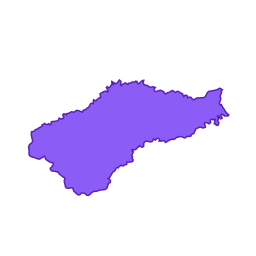 outline of Lajeado Novo, Maranhão, Brazil, rotated 159°
{"feature_id": "56859067B63412664256610", "entity_name": "Lajeado Novo", "entity_type": "district", "adm_level": 2, "iso_a3": "BRA", "parent_name": "Brazil", "parent_adm1": "Maranhão", "projection": "mercator", "projection_center": [-46.964, -6.103], "detail": "fine", "context": "isolated", "style": "filled", "palette": "violet", "viewbox_px": 256, "rotation_deg": 159, "n_neighbors": 0, "source": "geoboundaries", "source_scale": "gbopen_adm2", "svg_char_len": 5094}
<svg xmlns="http://www.w3.org/2000/svg" viewBox="0 0 256 256"><g transform="rotate(159 128 128)"><path d="M96.6,161.8L97.5,162.9L97.6,164.8L97.1,165.7L96.2,166.8L97.3,167.2L99.1,166.7L100.8,166.0L102.7,165.6L103.2,167.0L102.9,168.2L104.2,169.0L105.3,168.4L107.4,169.4L108.6,169.3L109.9,169.1L111.5,169.5L112.5,168.7L113.8,170.6L114.8,171.1L117.7,170.6L119.1,170.0L119.5,171.0L118.5,172.4L118.0,174.3L118.9,175.9L120.5,174.8L121.5,174.1L123.0,173.7L124.1,174.4L124.9,175.2L125.9,173.8L127.0,175.0L128.1,174.1L129.5,173.3L130.4,172.5L131.8,172.7L132.6,174.1L133.7,173.5L133.1,169.6L134.3,168.9L135.1,170.3L137.6,170.7L139.1,170.4L141.7,170.1L142.7,166.3L144.3,166.4L145.9,165.9L148.4,164.9L150.0,166.7L150.8,165.5L151.5,163.2L153.0,164.1L154.4,164.0L156.3,162.3L157.4,161.3L158.7,161.3L159.8,161.1L161.0,160.2L162.2,160.6L163.6,160.5L164.8,159.1L165.8,160.0L167.4,161.4L168.3,162.2L169.5,162.8L170.7,162.7L172.7,162.0L174.1,162.9L175.1,163.5L176.3,163.1L178.5,163.0L180.1,163.4L181.0,162.5L182.2,164.0L183.3,164.2L184.2,163.6L184.2,161.2L185.0,160.2L186.1,160.1L187.3,160.6L188.8,161.9L190.1,160.4L191.1,160.0L192.2,160.1L193.6,160.4L195.3,160.8L196.7,161.3L197.8,160.9L198.0,159.8L198.9,158.8L200.0,159.3L200.3,160.4L201.9,160.2L203.2,160.6L204.2,162.2L205.5,161.8L207.1,161.7L207.6,160.7L209.0,160.1L210.1,160.1L211.3,160.1L212.2,159.6L213.3,159.5L214.5,159.7L215.6,159.4L216.6,158.8L217.9,158.7L219.4,159.1L220.1,157.7L220.7,156.4L221.0,154.6L221.4,151.9L221.8,149.9L222.6,148.9L224.1,148.3L225.3,148.1L226.6,147.2L227.7,145.7L228.2,143.3L228.6,141.9L229.8,139.1L229.8,137.4L228.9,136.3L226.9,134.6L225.9,133.9L223.4,131.6L222.2,130.8L220.9,130.8L217.4,131.4L216.0,131.5L215.8,130.4L216.1,129.3L215.9,128.1L215.2,126.9L214.0,125.4L213.3,124.3L212.4,123.4L211.1,122.8L210.3,122.0L210.8,120.7L212.7,119.3L215.1,118.1L215.2,117.0L214.8,115.6L213.7,114.7L212.7,114.3L211.6,113.7L210.8,113.1L209.4,112.1L208.6,111.1L208.8,109.9L208.1,108.9L207.2,107.5L206.4,105.7L205.0,104.4L204.9,103.2L206.0,102.4L206.8,100.5L206.9,98.8L207.1,97.5L207.4,96.2L207.3,94.6L206.6,93.8L205.5,93.2L203.7,92.8L202.4,92.5L201.0,91.5L201.2,90.0L201.3,88.6L200.5,87.1L199.9,85.8L199.3,84.6L198.4,83.4L197.3,83.0L196.3,83.2L194.8,83.9L193.7,83.7L191.7,82.4L190.6,80.1L189.4,79.3L187.7,79.5L186.6,79.9L185.5,80.6L183.9,81.0L181.8,80.9L180.5,80.2L179.1,80.2L177.7,80.1L175.8,80.0L173.4,79.3L171.4,78.8L169.7,79.2L168.4,80.2L167.7,81.4L166.8,82.5L165.7,83.4L164.3,83.4L163.3,84.7L163.4,86.4L164.7,87.8L163.0,88.3L161.8,89.3L160.8,90.0L159.8,90.9L158.4,92.0L157.0,92.5L155.5,92.9L154.5,93.7L153.6,94.7L152.2,94.9L151.3,94.3L150.3,95.2L149.1,95.3L147.9,95.9L147.1,94.9L146.1,94.3L145.0,94.6L143.5,94.7L142.3,94.5L141.8,95.4L141.2,96.6L140.0,95.9L138.4,95.7L137.3,95.2L136.3,95.0L135.0,95.6L134.6,96.6L135.1,98.0L134.5,98.8L134.1,99.8L134.4,101.2L133.2,102.3L132.3,102.9L131.5,104.1L132.3,105.0L131.8,106.4L130.5,105.5L129.0,105.2L127.5,105.5L126.6,106.2L124.8,106.5L123.8,107.4L122.6,106.1L121.8,105.0L120.8,105.0L119.6,105.6L119.3,107.1L118.6,108.2L117.7,109.1L116.0,109.2L114.7,108.7L113.7,108.0L112.4,107.2L111.3,106.8L109.9,106.9L108.9,107.9L108.0,108.6L106.9,106.9L105.8,107.4L104.7,107.9L103.3,107.3L102.7,105.9L103.6,104.6L102.5,104.4L101.4,103.7L100.3,103.7L99.3,103.6L98.6,102.7L98.2,101.1L96.9,101.2L95.4,101.6L93.3,101.8L91.9,101.8L90.8,101.9L89.7,101.0L88.3,101.0L87.2,101.3L86.0,101.9L84.4,101.5L82.8,101.4L81.5,101.0L80.4,100.2L79.5,99.0L78.3,98.3L76.7,98.8L74.8,98.7L73.5,98.2L72.2,97.9L71.4,99.0L70.1,99.3L68.4,99.3L67.3,100.7L65.9,101.7L65.3,102.8L64.1,103.0L62.6,103.0L60.5,103.1L59.2,102.3L58.2,101.2L56.7,101.0L55.4,101.0L55.2,102.6L55.0,103.6L55.2,104.7L54.5,105.6L53.0,104.9L51.9,104.2L51.0,102.9L49.8,103.1L48.9,103.6L48.8,104.8L48.2,106.1L46.9,106.2L45.6,105.1L44.2,105.4L43.6,104.6L44.4,103.6L45.1,102.2L45.9,101.0L44.8,100.0L44.5,98.8L42.9,98.4L42.0,99.4L41.3,100.2L41.4,101.3L41.6,103.1L40.4,103.7L40.2,105.2L40.2,107.0L39.0,106.8L38.8,104.8L38.1,103.3L36.8,103.2L36.5,104.4L36.9,105.7L36.7,106.8L35.6,107.4L34.5,106.0L33.6,104.6L32.3,104.3L31.0,103.6L29.9,103.4L29.2,104.5L29.9,105.3L30.4,106.5L30.9,107.8L31.2,108.9L31.5,111.1L32.3,113.6L32.3,114.9L32.5,116.4L33.7,116.4L33.6,119.0L32.5,119.9L31.5,121.1L30.9,122.1L30.7,123.4L30.6,124.7L28.1,127.4L27.8,129.1L26.2,129.8L27.2,131.3L28.2,132.3L30.0,132.0L31.4,131.9L32.6,132.0L34.3,132.2L35.8,132.5L37.0,132.8L38.4,132.9L39.5,133.3L40.7,132.8L41.9,132.0L43.2,130.8L44.0,130.0L44.9,129.4L46.6,129.2L48.8,130.0L50.1,130.3L51.5,131.0L53.1,131.3L54.5,131.1L56.1,130.7L57.1,131.3L57.9,132.8L58.1,133.9L59.3,134.7L61.4,134.9L61.1,136.7L62.0,137.8L63.4,138.1L64.7,137.4L64.9,138.7L64.8,140.3L65.8,141.3L66.9,142.7L68.0,144.2L69.2,144.6L71.0,144.2L71.7,145.0L72.3,146.1L73.0,147.1L74.0,146.9L75.2,147.0L76.5,146.5L78.4,146.8L79.9,146.4L81.4,146.7L81.4,148.3L82.0,149.6L83.4,150.9L84.5,151.8L86.2,151.8L87.9,152.0L89.5,152.3L90.2,153.9L89.7,155.1L88.0,155.9L89.1,157.1L90.2,157.6L92.1,157.9L93.5,158.9L94.4,160.5L95.2,161.1L96.6,161.8ZM127.0,175.0L125.7,176.2L126.4,177.2L126.9,176.1L127.0,175.0Z" fill="#8b5cf6" stroke="#5b21b6" stroke-width="1.5"/></g></svg>